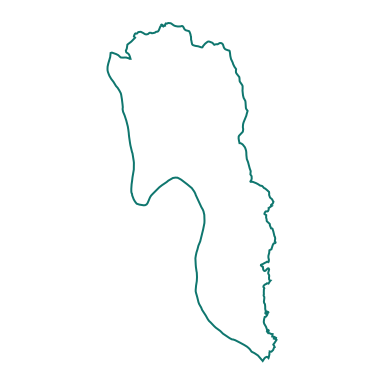 outline of Song Lo, Vĩnh Phúc, Vietnam
{"feature_id": "81297802B72352297629850", "entity_name": "Song Lo", "entity_type": "district", "adm_level": 2, "iso_a3": "VNM", "parent_name": "Vietnam", "parent_adm1": "Vĩnh Phúc", "projection": "equal_earth", "projection_center": [105.409, 21.426], "detail": "fine", "context": "isolated", "style": "outline", "palette": "teal", "viewbox_px": 384, "rotation_deg": 0, "n_neighbors": 0, "source": "geoboundaries", "source_scale": "gbopen_adm2", "svg_char_len": 5966}
<svg xmlns="http://www.w3.org/2000/svg" viewBox="0 0 384 384"><path d="M236.1,69.1L234.4,66.7L233.1,64.0L232.7,62.6L231.0,59.0L230.3,55.9L230.0,53.0L229.7,51.3L229.5,50.8L229.0,50.5L228.3,50.4L226.1,49.6L225.4,49.3L224.9,48.9L224.0,47.7L223.7,46.9L222.9,44.4L221.6,43.2L220.2,43.0L219.6,43.1L217.8,44.2L217.4,44.3L216.9,44.2L215.2,44.4L214.3,44.8L214.0,44.6L212.9,43.3L212.2,42.7L209.3,41.6L208.7,41.5L208.0,41.6L207.4,41.9L205.2,43.6L203.2,45.9L202.4,47.3L201.9,47.4L201.2,47.3L198.2,46.3L195.5,45.9L194.1,45.5L192.8,45.0L192.2,44.4L191.7,42.5L191.4,40.7L191.1,39.8L191.0,36.7L190.7,35.8L190.5,34.5L190.0,33.0L189.3,31.4L188.9,31.1L185.9,30.3L184.6,29.4L183.1,26.6L182.4,26.1L181.9,26.0L180.5,26.4L177.9,26.5L175.6,26.1L174.4,25.7L173.4,25.1L171.2,23.5L170.4,23.2L168.2,23.0L166.8,23.7L165.9,23.4L165.4,24.0L165.0,24.9L165.1,25.7L164.8,25.8L164.1,25.9L163.3,26.5L162.9,26.2L162.7,25.1L161.8,24.6L161.5,24.6L161.3,24.8L161.8,25.4L161.7,25.6L160.4,26.4L160.0,27.3L159.0,29.9L158.2,31.2L157.6,31.6L156.1,31.8L154.8,32.7L152.6,33.2L151.7,33.2L151.0,32.8L149.5,32.8L147.9,34.1L146.5,34.4L145.5,34.3L144.7,34.0L143.4,33.1L141.0,31.9L140.5,31.8L138.3,32.1L137.0,33.5L136.3,33.6L135.5,33.4L135.2,33.6L134.9,33.9L134.2,35.4L133.9,36.4L135.1,37.7L131.3,41.6L127.4,44.6L126.8,48.5L126.3,49.8L125.9,50.4L126.0,51.3L126.2,52.1L126.6,52.6L128.3,53.7L129.1,54.7L129.8,56.4L130.5,58.8L129.6,58.8L128.3,58.1L127.3,57.9L126.1,57.5L122.8,57.6L120.9,57.5L120.3,57.1L118.3,55.2L116.2,54.1L111.9,52.6L110.6,53.0L110.2,57.0L108.3,63.5L107.9,65.3L107.6,66.7L107.5,69.1L107.6,70.6L108.0,72.2L108.7,74.1L109.4,75.8L111.2,78.9L113.5,81.9L116.0,86.0L117.7,87.9L119.5,90.8L120.8,93.3L121.2,94.9L121.9,99.2L122.5,104.1L122.8,107.2L122.6,109.1L122.8,110.3L123.1,111.8L124.6,115.4L126.3,120.6L127.8,126.5L128.3,129.5L128.8,133.4L128.8,133.9L129.1,136.7L130.0,142.9L130.4,145.3L132.0,152.0L132.5,153.4L133.7,161.0L133.9,162.8L133.8,169.6L132.5,177.3L132.1,180.7L131.6,184.3L131.3,188.7L131.3,191.3L131.5,192.8L132.0,193.8L132.2,195.4L133.7,199.3L134.6,200.9L135.4,202.1L136.7,203.7L139.4,204.6L143.7,205.3L145.0,205.2L146.5,204.5L147.4,203.4L148.1,201.9L150.0,197.4L151.1,195.6L152.7,193.9L159.3,187.3L162.0,185.2L166.6,182.1L168.4,180.6L172.9,178.0L175.4,177.6L177.5,177.7L179.3,178.6L181.2,179.7L187.1,184.2L191.8,188.1L194.2,191.5L195.3,193.6L195.7,194.9L201.4,207.2L202.8,209.6L203.5,211.4L204.3,214.9L204.5,220.8L204.4,223.1L203.2,229.2L200.2,241.4L198.4,245.7L197.4,249.6L196.5,252.4L195.8,255.7L195.4,258.3L195.7,264.4L195.9,267.0L196.5,271.2L196.8,272.6L197.0,277.1L196.8,281.1L196.1,285.4L195.7,289.6L195.7,291.4L196.0,292.8L197.2,297.0L198.5,302.3L199.2,304.1L200.6,306.6L201.1,307.4L202.1,309.9L205.8,315.6L207.8,319.2L209.0,320.9L210.7,322.5L214.1,326.1L215.7,327.6L220.3,331.0L223.0,333.7L229.7,338.2L232.0,339.4L233.2,339.5L235.2,340.2L239.9,342.6L244.3,345.0L246.9,346.6L248.6,348.0L249.9,349.3L251.6,351.7L254.4,353.1L258.0,355.5L262.7,361.0L264.4,358.4L265.3,357.5L266.6,356.9L267.1,356.9L267.6,357.1L268.5,358.1L268.6,357.9L269.4,354.5L269.4,352.7L269.7,352.1L269.7,351.5L270.4,351.7L271.4,351.7L273.1,350.0L273.4,349.3L273.9,347.9L274.3,347.3L274.7,347.1L274.0,345.6L273.5,345.0L273.3,344.5L274.4,343.1L276.5,339.9L275.1,338.9L273.8,338.6L273.9,337.8L275.9,338.7L276.1,337.9L274.1,336.8L272.2,336.5L272.6,334.1L271.0,333.9L269.3,333.1L268.3,333.2L267.2,331.8L268.4,331.2L268.8,330.8L268.7,330.4L268.1,329.9L267.0,330.0L266.9,329.3L266.0,326.8L264.2,323.7L263.8,322.2L263.8,321.5L264.1,319.2L264.7,317.0L265.7,316.8L266.6,315.8L267.2,314.9L267.6,313.5L267.8,313.0L268.3,312.5L268.4,312.3L268.2,312.0L266.9,311.5L266.7,311.7L266.9,312.5L266.9,313.3L266.6,313.7L266.2,313.9L265.6,313.7L265.3,313.2L265.7,311.9L265.7,311.0L265.2,308.9L265.2,306.6L265.0,304.6L264.8,303.9L264.2,303.0L263.9,301.8L264.3,298.2L264.3,297.0L263.7,295.8L263.6,295.1L263.9,294.3L263.8,292.8L263.9,289.2L264.2,288.6L264.3,288.4L264.1,287.8L263.5,287.2L263.4,286.6L263.7,285.7L264.3,285.1L265.0,284.5L266.5,283.8L266.9,283.3L267.4,283.3L268.5,283.6L269.8,281.4L270.5,280.6L270.0,280.5L269.5,280.1L269.1,279.3L269.0,277.4L269.2,276.2L269.1,275.1L268.3,273.7L268.2,273.2L268.3,272.4L268.9,270.4L269.1,269.4L268.9,268.9L268.7,268.5L268.1,268.3L267.1,269.0L265.5,270.7L264.7,271.0L264.0,270.7L263.4,269.9L263.2,269.4L262.9,266.8L262.7,266.6L261.8,266.4L260.9,265.4L261.0,264.8L261.5,264.5L262.3,264.3L264.8,262.9L266.3,262.2L267.0,261.7L267.7,261.8L268.2,262.2L268.5,262.0L268.8,261.2L268.9,259.9L268.8,259.2L268.5,258.1L268.4,257.3L268.4,255.9L269.2,252.8L269.4,250.3L270.5,249.7L271.4,249.3L272.7,245.2L273.4,243.8L273.7,243.4L274.7,243.3L275.4,242.9L275.6,242.4L275.5,242.1L274.8,241.3L275.2,238.7L275.0,237.2L274.4,236.0L273.4,231.7L272.5,228.8L271.8,228.3L271.0,228.3L270.3,226.3L269.9,225.6L269.9,224.8L269.7,223.9L266.9,221.3L266.7,220.9L266.6,219.3L266.1,217.6L266.2,215.1L264.5,214.1L264.4,213.8L264.8,212.6L265.5,211.6L265.8,211.4L267.6,211.4L267.9,211.2L268.6,209.8L268.8,208.5L268.6,208.1L271.8,205.9L271.2,205.6L271.0,205.2L271.1,204.9L272.6,203.7L273.2,202.6L273.4,201.6L273.1,201.4L272.3,199.7L271.7,198.9L270.4,197.9L270.0,197.4L269.2,195.2L269.1,194.3L269.2,193.2L269.0,191.9L266.8,189.9L265.1,188.5L264.1,188.1L262.3,186.1L261.4,185.8L260.2,185.6L258.1,184.2L256.2,183.2L253.2,182.0L252.3,181.8L250.6,181.8L250.4,181.5L250.5,181.2L251.3,180.1L251.7,178.6L251.6,176.2L250.4,174.4L250.7,171.2L250.6,170.9L249.7,168.4L248.0,162.0L246.8,159.0L246.4,155.2L246.3,152.5L246.1,150.8L245.5,148.8L244.9,147.3L242.8,144.6L241.6,143.7L240.2,143.1L239.5,143.1L238.9,140.3L238.6,138.3L238.7,136.5L239.1,135.7L240.1,134.6L242.6,132.0L242.9,131.4L243.2,129.1L242.9,127.6L242.9,126.3L243.1,124.1L243.6,122.3L246.3,115.7L246.7,114.0L247.6,110.9L246.2,108.9L245.9,108.0L245.5,102.1L245.3,100.9L243.6,97.8L243.0,95.3L242.5,90.7L242.6,88.6L242.6,86.1L242.2,85.1L240.0,81.9L239.7,81.3L239.6,80.5L239.5,78.5L239.3,77.1L236.5,73.5L236.0,72.5L235.9,71.0L236.1,69.1Z" fill="none" stroke="#0f766e" stroke-width="2"/></svg>